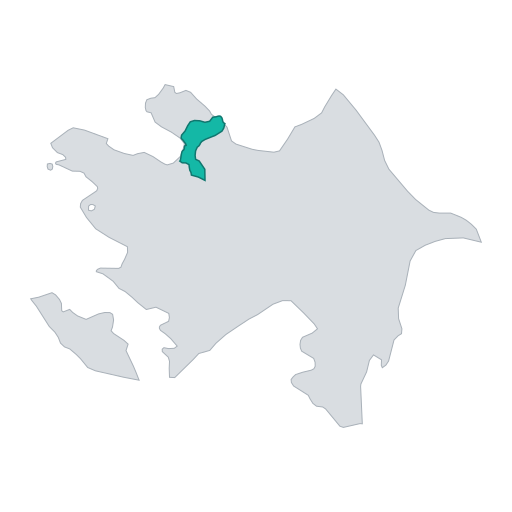 Azerbaijan, with Qax highlighted
{"feature_id": "AZE-1726", "entity_name": "Qax", "entity_type": "District", "adm_level": 1, "iso_a3": "AZE", "parent_name": "Azerbaijan", "parent_adm1": "", "projection": "robinson", "projection_center": [46.846, 41.24], "detail": "fine", "context": "in_parent", "style": "filled", "palette": "teal", "viewbox_px": 512, "rotation_deg": 0, "n_neighbors": 0, "source": "natural_earth", "source_scale": "10m", "svg_char_len": 4032}
<svg xmlns="http://www.w3.org/2000/svg" viewBox="0 0 512 512"><path d="M362.3,423.8L360.0,423.6L343.4,427.4L339.9,426.2L325.6,408.9L322.7,407.0L316.5,406.2L312.9,403.4L310.0,398.8L308.3,395.3L293.6,386.0L291.4,382.5L291.1,379.5L293.2,376.8L295.7,374.5L302.8,372.2L311.2,370.2L313.9,368.8L315.2,366.3L315.1,362.3L313.7,358.4L301.7,351.2L300.4,348.1L300.0,344.4L300.6,340.4L302.5,337.3L312.2,333.1L317.5,328.8L314.2,323.9L303.6,312.9L291.0,300.7L282.6,300.6L273.0,304.2L257.6,314.6L249.1,319.0L238.0,326.3L225.9,334.5L216.0,343.2L209.8,350.4L198.8,353.5L193.2,359.5L174.7,377.6L169.5,377.3L169.2,368.4L169.5,361.3L168.3,357.2L162.3,351.6L162.2,349.2L163.9,347.7L168.5,348.6L174.3,348.3L177.2,346.1L170.8,338.7L165.3,333.8L160.5,330.4L159.4,328.4L159.4,327.0L160.4,325.3L168.6,321.3L169.4,317.6L168.8,313.4L156.0,307.2L146.3,309.5L137.7,302.6L132.1,297.3L125.2,291.6L119.0,288.4L113.2,281.3L102.9,273.8L96.3,271.7L96.4,270.6L97.6,269.3L100.4,268.1L118.7,268.4L121.0,267.1L122.1,263.9L124.6,259.3L127.6,252.4L127.4,246.7L109.0,237.3L95.7,228.8L86.5,217.5L80.3,207.1L80.6,203.7L82.4,200.4L96.7,190.8L97.7,188.4L97.4,186.7L92.3,181.8L86.0,176.8L84.0,173.1L80.0,171.3L72.3,171.1L59.0,164.9L56.1,164.3L55.5,163.1L56.2,161.9L65.8,159.4L65.6,157.3L62.8,154.6L57.4,152.6L52.5,147.7L50.8,143.3L68.1,130.3L73.2,127.8L84.5,130.1L107.9,138.7L106.3,143.5L108.7,146.1L114.0,149.8L124.3,153.5L133.1,155.4L137.5,153.7L144.2,152.4L153.0,156.6L161.0,162.0L165.0,164.2L167.2,164.9L173.3,163.1L180.7,156.1L183.6,147.7L184.4,143.7L180.1,138.1L171.3,132.1L161.4,126.8L155.1,122.1L151.1,112.8L147.0,111.8L146.0,110.6L145.3,107.5L145.5,103.1L146.9,99.7L150.9,98.2L154.9,97.7L158.6,94.4L163.2,88.1L165.1,84.6L173.7,86.6L174.8,92.3L176.4,93.5L179.9,92.8L185.9,90.4L190.6,92.3L196.6,99.0L205.0,106.2L209.6,111.0L211.4,114.3L215.7,117.5L221.9,121.3L227.0,127.2L231.5,140.9L236.0,144.1L252.2,149.3L257.9,150.4L273.9,152.2L279.5,150.9L287.6,139.1L294.9,126.9L301.8,124.3L314.2,118.4L321.6,112.9L324.7,106.9L331.6,95.5L335.9,89.1L343.3,94.8L356.1,110.2L374.5,135.2L379.0,142.2L382.0,150.4L384.6,160.4L388.9,169.2L407.6,191.3L415.6,199.5L428.8,210.1L433.5,212.4L439.5,213.1L450.7,213.1L461.1,217.3L466.2,220.2L471.5,224.4L476.3,229.2L481.3,242.2L463.3,237.9L445.3,238.6L435.1,241.4L425.3,245.2L415.9,250.5L410.1,261.0L405.3,285.3L398.2,308.1L398.6,318.7L401.9,328.8L401.5,333.7L398.2,335.7L394.0,340.0L388.6,361.0L385.9,365.1L382.3,367.7L381.3,365.3L381.5,359.8L373.5,354.9L369.4,360.4L366.6,371.9L360.9,384.0L360.6,386.3L362.3,423.8ZM94.4,209.3L95.3,206.0L93.0,204.6L90.6,204.5L88.6,206.1L88.5,210.2L91.4,210.9L94.4,209.3ZM34.6,304.0L31.9,300.6L30.7,298.8L38.7,297.2L52.0,292.7L55.6,294.9L59.5,299.5L61.4,303.4L61.7,310.7L63.2,311.9L69.7,309.4L72.6,312.4L77.5,315.9L86.1,319.4L98.6,313.9L104.8,312.5L109.9,312.6L112.6,314.3L113.6,320.0L112.5,327.0L111.1,330.8L113.7,333.6L123.9,340.3L128.1,344.1L126.0,350.6L133.5,366.4L136.1,372.6L139.1,380.2L123.5,377.2L95.4,370.8L87.7,367.5L80.5,358.7L76.2,354.4L69.7,348.9L64.5,346.9L60.5,343.1L58.3,337.4L55.0,332.3L49.2,326.4L36.3,306.1L34.6,304.0ZM52.3,169.1L50.6,170.2L48.0,169.1L47.2,166.6L47.4,164.0L50.0,163.4L52.2,164.1L52.8,166.5L52.3,169.1Z" fill="#d9dde1" stroke="#a8b0b8" stroke-width="1"/><path d="M219.1,116.0L220.6,116.3L221.8,117.7L222.4,119.4L222.7,121.1L223.3,122.5L224.7,123.5L224.9,123.6L224.7,124.1L223.8,128.0L222.0,131.1L215.4,135.3L208.2,138.2L205.0,139.5L201.9,141.4L200.6,142.9L199.8,144.6L198.8,146.0L197.3,147.1L195.6,150.8L195.1,155.4L195.6,159.3L199.2,161.0L204.8,169.3L205.0,180.4L198.2,177.0L191.4,175.1L191.0,172.5L189.8,170.2L189.3,167.4L189.0,164.6L185.8,162.9L182.2,162.8L179.8,161.1L180.3,160.5L180.9,157.4L181.4,154.0L182.1,151.4L182.6,150.8L183.7,149.9L184.1,149.2L184.3,148.6L184.4,146.9L184.6,146.1L185.3,145.4L185.9,145.5L186.2,145.3L185.7,143.9L183.2,140.4L181.6,138.8L181.1,137.9L181.6,135.1L185.1,131.0L187.7,125.7L190.3,121.8L194.5,120.5L199.8,120.8L204.9,122.3L209.6,121.3L212.8,117.2L216.1,116.8L217.6,116.3L219.1,116.0Z" fill="#14b8a6" stroke="#0f766e" stroke-width="1.5"/></svg>